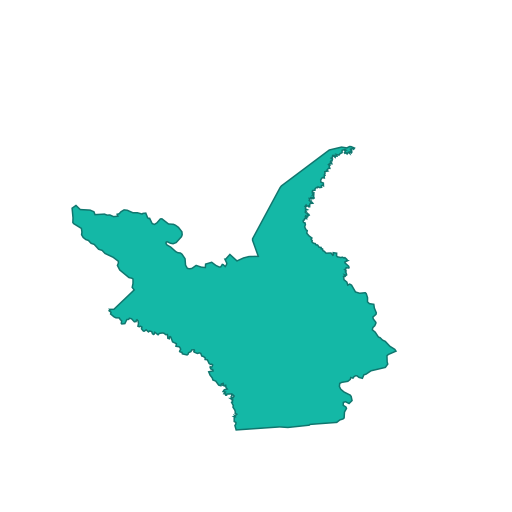 Quevedo, Los Rios, Ecuador, rotated 130°
{"feature_id": "8360857B67101317912818", "entity_name": "Quevedo", "entity_type": "district", "adm_level": 2, "iso_a3": "ECU", "parent_name": "Ecuador", "parent_adm1": "Los Rios", "projection": "natural_earth1", "projection_center": [-79.508, -1.068], "detail": "fine", "context": "isolated", "style": "filled", "palette": "teal", "viewbox_px": 512, "rotation_deg": 130, "n_neighbors": 0, "source": "geoboundaries", "source_scale": "gbopen_adm2", "svg_char_len": 6143}
<svg xmlns="http://www.w3.org/2000/svg" viewBox="0 0 512 512"><g transform="rotate(130 256 256)"><path d="M238.9,87.6L238.3,89.7L239.1,95.5L238.3,102.1L239.1,105.1L238.8,108.5L239.4,110.1L237.7,115.8L237.8,119.4L235.8,120.5L233.1,120.2L230.6,120.9L229.8,121.5L228.8,125.8L227.7,127.2L223.5,126.6L222.2,127.3L219.8,131.9L217.3,134.7L219.6,138.5L219.5,141.1L216.3,143.7L214.0,147.3L213.9,148.7L217.9,152.6L219.6,156.7L216.9,164.1L217.3,166.2L219.3,167.0L217.6,169.6L217.6,173.5L215.5,175.4L215.7,176.3L214.3,174.6L213.8,174.7L213.5,176.0L213.0,174.6L212.2,174.4L211.0,176.1L210.8,177.3L209.5,177.3L209.3,179.4L208.4,178.8L207.0,179.4L205.6,177.2L204.9,177.4L204.3,178.5L204.1,183.3L203.6,184.1L200.5,182.7L201.0,183.9L200.2,184.1L200.1,186.9L200.9,187.2L201.4,189.1L202.7,190.1L204.3,193.1L204.1,194.4L202.0,196.0L203.8,199.0L205.5,197.4L206.1,197.6L205.5,200.5L208.8,204.1L208.5,206.7L208.9,208.2L207.8,209.6L208.6,210.6L207.6,211.6L208.7,213.3L208.0,215.9L208.9,217.2L208.4,218.6L209.3,220.2L209.2,222.4L208.1,222.8L207.7,224.7L206.3,224.7L206.5,228.3L205.9,231.8L203.6,233.1L203.8,234.4L202.5,237.4L200.1,238.4L199.1,239.9L199.6,240.3L199.5,241.8L198.4,242.7L197.6,242.2L196.2,242.8L194.9,241.3L194.5,242.7L193.7,242.2L194.0,243.6L193.2,243.8L193.0,241.7L191.7,242.0L190.5,241.5L190.1,242.7L191.1,243.4L190.2,244.3L190.8,245.0L190.8,246.2L189.8,246.1L189.9,247.0L188.9,247.4L187.6,246.5L188.1,248.5L186.5,249.4L186.6,250.3L184.7,250.4L185.1,249.0L183.7,247.9L184.3,247.3L183.7,246.9L184.3,246.1L181.9,248.1L180.7,248.1L179.1,246.4L178.8,247.5L179.6,248.6L178.4,249.1L179.3,250.2L179.2,251.0L178.3,251.1L177.7,252.2L177.0,251.1L176.1,251.7L175.4,250.8L176.0,250.1L174.2,249.9L175.1,249.0L174.2,248.7L173.5,250.0L171.7,251.3L172.8,251.9L170.6,252.3L171.5,253.4L171.0,253.8L170.6,253.3L170.5,254.3L169.4,254.7L167.7,253.1L166.5,254.0L164.6,253.7L164.2,252.8L163.1,253.0L162.7,251.2L161.2,249.9L160.0,251.2L158.9,250.5L158.8,249.5L156.8,251.3L157.7,253.8L156.1,255.4L153.3,255.6L152.3,253.8L151.0,255.2L149.8,255.0L149.6,256.0L148.4,256.2L147.2,257.5L144.7,255.6L144.7,256.9L142.1,256.8L141.4,255.8L140.0,257.9L138.9,257.7L139.3,259.2L137.7,259.0L136.6,257.2L136.0,258.1L136.0,259.5L134.9,259.7L134.4,258.9L132.5,259.7L132.7,261.3L131.7,260.8L129.7,261.9L128.8,260.9L129.6,260.4L129.5,258.8L128.5,259.5L127.5,258.2L126.7,260.0L125.4,257.3L123.8,257.4L121.5,256.5L119.7,258.0L117.2,256.3L117.1,255.0L118.2,255.8L118.9,254.3L120.0,254.6L120.2,253.9L119.0,253.3L119.3,251.8L117.2,252.0L117.2,250.2L116.6,251.2L115.5,251.0L115.7,249.2L114.9,249.3L113.0,251.3L113.8,251.8L113.5,252.3L111.5,251.0L111.5,249.8L110.0,249.9L111.1,253.5L112.0,254.7L114.8,255.9L117.6,260.5L127.7,268.0L186.0,281.6L188.1,281.5L245.0,269.7L246.2,268.7L254.8,254.0L260.9,261.0L265.5,264.3L272.0,267.4L271.6,277.0L277.8,277.2L278.4,277.8L280.3,273.7L281.7,273.0L283.9,272.8L283.7,275.5L284.1,276.4L287.0,276.0L288.0,276.9L289.0,280.5L289.3,285.9L294.6,289.4L297.4,287.4L299.7,290.7L301.7,295.8L306.7,297.1L308.5,298.7L309.6,300.6L308.3,304.1L303.7,308.6L302.2,313.8L302.3,315.8L303.8,318.2L304.2,320.2L304.0,327.0L304.8,331.2L304.3,332.9L303.3,333.7L302.2,333.3L301.2,329.7L299.9,327.4L297.0,325.8L289.2,325.5L287.2,326.2L285.1,328.3L283.9,333.8L284.2,337.5L284.8,339.6L287.7,343.6L288.0,352.0L289.1,353.1L294.4,353.2L297.1,354.1L297.9,356.4L295.5,361.7L296.1,362.0L296.4,363.6L294.0,368.0L296.0,370.0L297.1,370.3L299.1,374.6L302.0,378.1L303.7,384.0L305.5,386.7L308.9,387.9L311.6,388.0L313.3,389.2L314.3,387.4L317.4,390.4L318.5,394.3L320.4,396.3L321.3,399.0L327.8,405.9L326.3,408.6L327.5,412.6L333.4,420.5L333.0,426.4L337.6,427.6L344.4,420.7L348.1,417.8L348.4,416.4L347.1,407.5L349.6,404.7L351.8,403.3L352.9,400.3L352.8,396.9L351.8,394.4L352.3,390.5L351.1,387.4L352.0,380.9L350.6,377.5L351.1,373.3L348.8,364.6L348.5,358.1L350.0,356.8L352.3,356.1L354.3,351.4L354.2,339.5L352.8,336.8L352.7,335.4L356.2,332.5L359.6,330.7L360.3,327.5L388.2,330.6L390.9,333.8L391.0,333.0L392.4,333.3L392.3,330.9L393.9,330.1L393.9,325.7L393.4,323.6L391.3,320.9L392.0,319.1L392.0,317.3L394.3,315.8L394.3,315.1L392.1,313.0L387.7,314.1L386.4,312.8L385.1,313.0L384.1,311.1L384.6,306.9L383.3,305.7L382.2,306.4L381.3,306.2L381.5,304.8L383.1,302.7L385.7,301.3L385.2,299.9L384.0,299.3L383.8,297.7L385.4,296.9L385.9,294.0L385.3,293.2L383.1,292.7L383.3,289.6L381.7,289.2L381.0,287.2L382.1,285.4L382.0,284.1L381.4,283.8L379.5,284.5L379.3,280.4L377.4,280.3L375.1,278.2L374.3,276.8L374.3,274.6L373.1,273.4L375.7,270.6L375.1,269.2L373.5,270.3L372.8,269.8L372.9,269.1L375.4,264.7L374.3,260.6L376.6,259.3L374.9,256.4L375.0,255.5L375.8,253.8L378.1,253.3L378.3,252.5L377.4,250.8L378.3,249.5L376.1,245.2L374.9,244.9L373.5,245.5L371.0,244.4L369.3,244.9L367.6,243.2L367.7,242.6L369.3,242.1L369.2,241.1L368.3,238.2L366.7,237.2L366.1,235.8L367.5,233.2L366.8,231.7L366.7,229.4L368.0,228.5L366.8,226.5L368.5,222.8L368.3,221.3L367.3,220.4L367.3,219.1L369.4,218.5L370.1,219.1L370.2,219.9L370.9,219.5L371.6,217.9L370.8,216.2L371.6,215.0L375.1,217.8L376.8,214.6L377.5,211.2L378.7,209.3L377.7,206.5L378.9,201.6L378.0,199.5L376.3,200.3L374.6,199.3L375.2,198.3L376.4,198.5L375.8,196.5L374.6,196.1L375.9,194.6L376.4,192.5L378.8,194.3L381.0,194.1L379.9,192.0L382.0,192.0L381.4,191.0L382.1,189.8L381.6,189.2L381.2,189.8L380.5,189.5L377.4,186.2L378.5,184.8L377.1,184.9L377.3,182.7L378.9,182.5L380.1,184.3L380.9,182.9L381.6,183.8L381.5,182.7L380.6,182.0L381.4,181.1L382.3,181.2L382.9,180.1L383.8,180.6L385.2,177.2L386.6,176.5L387.6,173.3L388.7,171.6L389.9,170.9L389.5,169.0L391.6,169.3L391.9,170.0L392.4,168.6L393.3,169.6L393.2,168.6L394.2,168.5L396.8,166.3L396.4,164.4L397.7,163.4L399.4,163.2L402.0,159.4L371.7,128.0L366.9,121.4L351.4,106.5L350.2,106.3L331.6,87.2L327.7,86.4L324.9,84.6L323.4,84.4L318.7,87.9L314.6,88.7L313.9,90.0L314.3,93.2L312.0,95.0L310.1,93.8L309.2,89.9L305.0,89.5L302.5,92.7L302.0,94.3L303.6,101.2L303.6,105.4L302.4,108.2L299.8,110.0L297.7,109.1L293.0,105.1L289.9,104.5L288.2,105.3L287.2,103.2L285.5,103.4L283.6,102.7L282.9,101.6L282.8,99.0L281.3,95.9L277.6,97.0L275.9,95.8L270.0,94.1L258.2,85.3L254.1,85.6L252.8,87.5L248.2,91.6L246.3,91.3L238.9,87.6Z" fill="#14b8a6" stroke="#0f766e" stroke-width="1.5"/></g></svg>